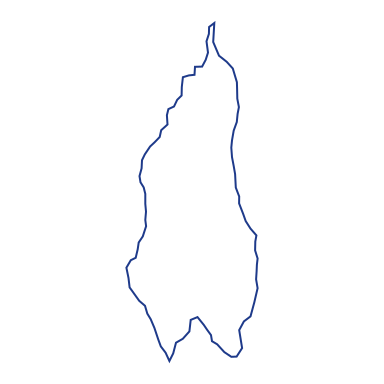 Parisi, São Paulo, Brazil
{"feature_id": "56859067B23293504570828", "entity_name": "Parisi", "entity_type": "district", "adm_level": 2, "iso_a3": "BRA", "parent_name": "Brazil", "parent_adm1": "São Paulo", "projection": "equal_earth", "projection_center": [-50.037, -20.26], "detail": "fine", "context": "isolated", "style": "outline", "palette": "blue", "viewbox_px": 384, "rotation_deg": 0, "n_neighbors": 0, "source": "geoboundaries", "source_scale": "gbopen_adm2", "svg_char_len": 1317}
<svg xmlns="http://www.w3.org/2000/svg" viewBox="0 0 384 384"><path d="M214.3,23.0L209.1,27.0L208.9,33.9L206.5,41.3L208.0,52.6L205.7,59.8L202.1,66.6L195.0,66.8L194.5,74.8L188.9,75.4L182.9,77.2L181.8,87.0L181.6,95.5L177.2,99.8L174.0,106.5L168.4,109.1L166.9,115.2L167.5,124.5L161.2,130.2L159.7,137.0L154.7,142.2L150.1,146.5L144.8,154.4L142.0,160.2L141.6,168.3L139.5,176.1L140.5,182.3L143.7,187.4L145.3,193.9L145.3,203.8L146.0,211.7L145.3,220.0L146.1,226.2L142.8,236.4L138.7,242.5L137.7,249.3L135.7,257.8L130.8,260.2L126.4,267.7L128.5,278.0L129.6,287.4L139.2,300.8L145.0,305.8L147.3,313.6L150.7,319.2L154.4,327.9L158.3,339.6L160.8,346.4L165.6,352.7L169.4,361.0L173.2,353.4L176.0,342.7L182.8,338.8L189.4,331.4L190.7,319.9L197.5,317.1L203.8,324.9L207.2,329.9L211.0,335.1L212.0,341.2L217.2,344.3L224.3,352.1L231.3,356.8L236.6,356.6L242.1,348.1L240.6,338.8L239.2,330.1L243.9,321.4L250.5,316.4L254.3,302.4L257.6,288.2L256.1,279.3L256.6,271.5L256.9,264.7L257.6,258.5L255.1,250.4L255.3,241.5L256.4,235.4L250.5,228.6L245.7,221.1L243.2,214.0L239.1,203.4L239.2,196.5L235.8,187.6L235.1,174.1L233.7,166.0L232.0,157.1L231.3,147.6L232.0,140.4L233.7,130.6L236.8,122.0L237.6,113.9L238.9,107.1L237.3,98.7L237.1,89.0L236.9,82.2L232.8,68.5L226.7,61.8L219.0,55.7L213.2,42.0L214.3,23.0Z" fill="none" stroke="#1e3a8a" stroke-width="2"/></svg>